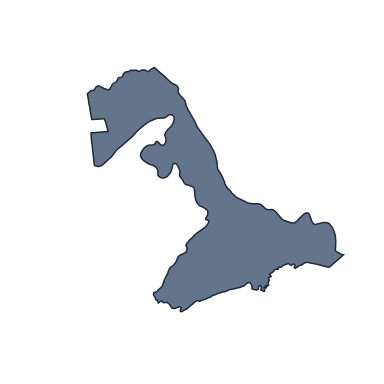 Uspantán, Quiché, Guatemala, rotated 144°
{"feature_id": "79465075B86057243605305", "entity_name": "Uspantán", "entity_type": "district", "adm_level": 2, "iso_a3": "GTM", "parent_name": "Guatemala", "parent_adm1": "Quiché", "projection": "orthographic", "projection_center": [-90.797, 15.482], "detail": "fine", "context": "isolated", "style": "filled", "palette": "slate", "viewbox_px": 384, "rotation_deg": 144, "n_neighbors": 0, "source": "geoboundaries", "source_scale": "gbopen_adm2", "svg_char_len": 6015}
<svg xmlns="http://www.w3.org/2000/svg" viewBox="0 0 384 384"><g transform="rotate(144 192 192)"><path d="M187.6,326.0L188.1,325.6L188.4,325.6L191.0,325.9L193.2,325.9L196.1,324.4L198.5,323.5L199.3,323.7L200.2,324.6L202.2,327.1L204.5,332.0L206.2,333.3L208.2,333.3L211.1,332.0L212.3,332.3L214.1,333.5L217.9,333.0L218.8,333.1L221.7,327.4L223.7,323.5L225.1,320.4L226.9,317.1L228.9,312.6L230.5,309.7L229.2,308.7L219.9,302.8L221.4,297.6L222.7,294.2L224.4,290.1L229.7,293.6L236.7,297.8L238.9,299.2L241.1,296.0L244.2,290.6L244.9,289.2L255.1,271.4L255.2,270.5L253.6,268.5L252.8,267.7L251.7,267.1L249.8,266.6L244.7,266.8L242.6,267.2L236.6,267.8L233.9,268.5L233.3,268.8L228.3,270.3L218.9,270.9L207.7,272.0L201.9,273.2L197.7,273.8L188.9,274.4L183.9,273.9L177.1,272.2L174.8,270.8L172.1,268.9L171.1,268.3L169.1,267.9L165.7,267.9L164.5,267.6L163.5,266.9L162.5,265.6L162.4,264.2L162.6,263.1L163.6,261.4L165.7,259.4L169.6,257.6L171.2,257.2L174.6,256.8L178.4,255.6L180.0,254.7L180.8,253.6L181.2,252.3L181.4,251.1L182.1,249.9L183.0,248.8L184.9,247.2L185.7,246.9L186.8,246.7L187.8,246.8L188.7,247.3L189.1,248.0L189.7,249.3L190.0,252.2L190.3,253.2L190.7,253.7L191.2,253.9L192.8,253.1L193.9,252.8L195.6,253.0L196.3,253.1L198.4,254.7L199.7,255.4L200.8,255.7L202.0,255.9L204.0,255.8L205.7,255.5L210.0,253.9L211.0,253.2L212.2,251.8L212.6,250.9L212.9,249.4L213.0,248.2L212.5,245.0L210.6,240.4L209.9,239.1L208.2,237.0L206.6,233.4L206.6,230.6L207.0,229.6L209.6,225.7L209.7,224.1L209.1,222.3L207.1,220.2L205.5,219.5L202.9,219.1L199.2,220.0L197.7,220.5L195.9,221.6L194.5,222.7L192.9,224.0L191.6,225.4L191.0,225.7L190.2,225.8L189.6,225.5L188.5,224.3L188.2,223.2L188.0,222.2L188.5,219.6L189.0,217.8L190.4,214.8L190.8,214.3L191.8,213.5L192.6,212.1L192.5,208.3L193.0,203.1L192.3,201.1L190.8,199.5L188.6,196.2L188.0,195.0L188.2,193.3L192.8,185.4L193.7,183.2L194.3,180.3L194.2,176.8L192.0,173.1L191.1,170.9L190.5,168.9L190.5,167.6L191.3,165.8L192.9,164.2L196.3,162.7L197.0,161.9L196.9,161.0L195.9,160.5L195.5,160.0L195.6,158.8L196.0,158.1L196.7,157.5L199.2,156.4L201.4,155.8L212.3,155.9L216.2,155.5L218.7,154.8L221.4,154.7L225.6,153.7L227.7,152.9L228.1,152.4L228.4,152.1L228.6,151.4L228.7,150.5L228.9,149.8L230.2,148.2L231.7,147.1L232.4,146.9L234.3,147.0L237.1,147.6L239.7,147.9L241.2,147.8L245.8,145.0L249.7,143.7L253.7,143.6L255.1,143.3L257.6,142.0L259.4,140.4L260.2,140.2L266.1,137.1L270.2,134.1L272.3,133.0L276.0,132.7L278.9,132.1L280.8,132.4L281.6,133.1L282.3,132.8L283.0,132.2L283.5,131.4L283.8,130.0L283.8,127.7L284.1,127.1L284.6,126.6L284.6,126.0L284.5,125.7L284.1,125.2L283.9,124.3L284.5,122.0L281.9,122.0L280.7,121.7L280.3,121.2L280.4,119.9L279.9,119.0L277.3,117.5L277.1,117.3L276.8,116.5L276.4,115.0L276.3,112.3L276.6,110.3L276.4,109.6L274.8,108.2L273.3,107.5L271.8,107.3L269.9,106.6L269.5,106.3L268.8,105.5L268.7,105.1L268.8,104.7L269.0,104.5L271.2,103.2L271.4,102.7L271.4,102.2L271.2,101.6L271.0,101.4L269.5,101.1L266.7,100.8L264.6,100.3L262.0,100.8L260.2,100.8L259.3,101.0L256.9,100.9L255.9,101.1L255.0,101.6L253.9,101.3L252.2,101.2L251.1,100.6L250.6,100.0L250.4,99.1L249.9,98.9L248.8,99.0L246.1,98.0L244.3,97.7L243.5,97.3L241.5,97.1L239.9,96.3L239.1,96.1L237.1,96.3L236.3,96.1L233.8,95.3L230.3,94.6L228.0,93.6L225.9,93.2L223.8,91.9L222.8,91.6L219.0,90.9L216.8,90.0L215.2,89.0L213.2,88.3L208.8,86.4L206.3,85.9L204.6,85.3L202.8,85.8L201.3,85.8L200.0,85.6L198.7,84.9L198.4,83.9L198.4,82.3L198.4,81.9L199.9,78.8L200.4,78.3L199.9,77.8L199.2,76.6L198.5,75.9L197.1,74.6L196.5,74.3L195.9,74.3L195.5,74.4L194.4,75.6L193.3,76.4L193.0,76.5L192.0,76.4L191.7,75.5L192.0,74.1L192.5,73.5L193.6,72.7L193.8,72.2L193.8,71.9L193.0,70.9L192.7,70.4L192.4,69.4L192.1,69.2L191.6,69.2L190.8,69.8L189.8,72.4L189.4,72.4L188.9,71.2L188.4,70.8L188.0,71.1L187.9,72.5L187.6,72.9L187.2,73.0L187.0,72.8L186.8,71.8L186.6,71.6L184.6,71.6L184.4,71.9L184.2,73.1L183.4,74.4L183.0,74.6L181.7,74.9L181.3,75.2L181.0,76.1L180.9,77.1L180.8,77.4L180.4,77.6L180.0,77.6L178.1,77.1L177.8,77.1L177.5,77.3L177.3,78.3L177.8,79.7L177.2,79.9L175.3,79.9L174.6,79.7L172.8,79.8L171.9,80.1L171.1,80.6L170.1,80.7L169.3,80.4L168.4,79.1L167.8,78.9L167.2,79.0L166.6,80.1L166.3,80.3L166.0,80.3L165.7,80.3L164.5,79.0L163.8,78.7L161.5,79.0L157.0,77.8L155.8,76.9L155.5,76.4L155.2,74.7L154.9,74.2L153.0,74.3L152.6,74.3L152.2,73.9L151.7,73.3L151.6,72.6L151.8,72.3L153.5,71.1L153.7,70.5L153.5,69.6L152.4,69.5L151.4,69.8L150.2,69.1L149.9,69.1L148.9,69.5L148.5,69.5L146.1,68.5L142.4,68.4L140.2,67.5L133.5,60.2L125.9,51.0L125.2,50.6L124.5,50.5L106.4,52.1L107.8,53.9L110.0,58.4L110.3,59.8L110.1,61.1L108.2,63.0L104.4,68.0L103.0,70.4L102.3,71.4L101.6,72.6L99.8,78.2L99.4,80.7L99.5,85.0L99.6,85.8L100.0,86.3L100.2,87.1L101.9,88.9L103.5,90.0L106.0,91.1L111.2,93.2L112.1,94.1L112.4,95.0L112.4,97.4L110.3,104.7L110.3,106.2L111.0,107.3L111.7,107.8L113.0,108.2L114.7,108.3L120.6,107.6L123.6,106.8L126.1,106.7L128.1,107.2L129.3,108.2L131.5,111.0L132.3,112.0L132.3,112.4L133.4,113.5L133.3,113.8L134.2,114.6L134.7,115.6L135.3,118.2L135.8,126.2L136.7,129.7L137.8,131.0L140.2,132.4L141.8,134.1L142.4,135.4L142.9,138.3L143.9,141.8L145.5,143.7L147.6,145.3L148.1,145.4L150.7,147.6L153.3,150.4L154.1,151.5L154.5,152.9L158.8,160.7L159.4,162.3L159.8,165.0L160.5,167.7L160.3,168.9L160.5,172.3L160.9,173.2L160.9,177.5L160.6,179.2L159.6,181.9L159.7,182.4L159.4,182.8L159.2,184.0L158.7,185.4L157.9,191.0L157.8,195.0L157.5,196.0L155.6,199.3L154.5,200.9L153.4,203.5L151.9,207.1L151.0,209.7L150.3,212.8L149.6,218.5L149.4,224.2L149.6,227.9L149.5,241.5L148.0,248.9L147.8,252.0L146.8,260.9L146.0,265.0L144.0,269.9L144.9,278.7L144.5,280.9L143.8,282.0L142.1,283.5L141.9,284.2L141.8,287.1L143.9,291.2L144.9,294.3L145.6,297.6L146.3,302.4L148.1,309.1L149.2,314.8L152.7,315.3L156.7,315.1L157.0,315.5L158.3,318.1L158.9,318.8L160.3,319.9L163.5,320.7L164.5,321.1L164.9,321.6L165.1,323.0L167.2,324.6L167.9,324.6L168.2,324.8L169.6,326.4L170.1,326.6L172.2,326.5L172.8,326.7L174.6,328.0L177.3,328.1L180.4,326.3L181.4,326.2L182.4,326.6L183.1,327.1L184.1,327.6L184.8,327.5L187.6,326.0Z" fill="#64748b" stroke="#1e293b" stroke-width="1.5"/></g></svg>